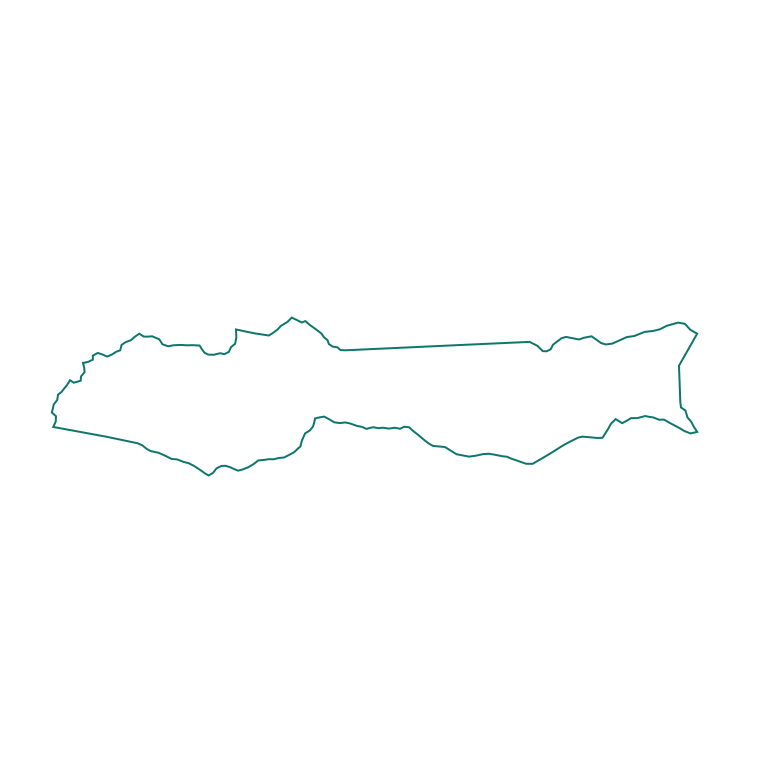 Ubajara, Ceará, Brazil (Mercator projection), rotated 194°
{"feature_id": "56859067B8309642510802", "entity_name": "Ubajara", "entity_type": "district", "adm_level": 2, "iso_a3": "BRA", "parent_name": "Brazil", "parent_adm1": "Ceará", "projection": "mercator", "projection_center": [-40.995, -3.875], "detail": "fine", "context": "isolated", "style": "outline", "palette": "teal", "viewbox_px": 768, "rotation_deg": 194, "n_neighbors": 0, "source": "geoboundaries", "source_scale": "gbopen_adm2", "svg_char_len": 2756}
<svg xmlns="http://www.w3.org/2000/svg" viewBox="0 0 768 768"><g transform="rotate(194 384 384)"><path d="M92.3,508.6L99.9,510.7L106.6,515.2L113.5,514.7L123.7,508.9L129.6,503.8L135.7,500.6L143.7,497.6L152.8,491.1L159.7,488.3L172.3,478.4L178.5,476.0L183.4,476.3L187.4,477.9L194.1,480.5L201.3,477.2L205.4,474.4L218.8,473.7L222.9,471.3L229.5,463.0L230.7,457.9L234.1,455.1L237.9,454.3L244.5,458.2L252.9,460.1L260.6,457.8L307.3,443.9L429.5,407.4L434.3,406.4L438.0,408.3L442.8,407.9L447.0,409.3L449.5,412.9L453.7,414.9L456.7,417.7L460.7,419.5L465.6,421.5L470.2,423.3L475.5,426.0L478.7,423.8L484.1,425.0L489.6,426.1L492.6,421.0L498.2,415.3L500.4,411.2L504.2,406.5L507.5,403.2L521.2,401.9L529.7,401.5L540.8,401.1L538.5,393.3L538.2,387.0L541.3,382.9L542.3,377.7L546.0,374.4L550.5,374.2L556.2,371.2L561.7,370.0L565.7,370.9L569.0,373.6L572.2,376.7L578.6,375.5L584.9,373.8L590.8,372.7L597.5,370.7L602.6,368.4L608.5,368.9L612.9,373.0L620.5,374.2L624.7,372.8L628.5,371.9L633.6,373.6L637.4,369.3L640.3,365.1L644.5,362.4L648.1,358.4L648.1,352.9L651.5,350.6L654.9,347.0L659.3,343.6L664.2,344.5L669.2,344.9L673.4,341.1L672.4,337.2L676.4,333.9L681.2,331.6L678.9,327.4L677.4,323.1L679.8,318.1L679.1,313.8L685.3,310.2L689.6,311.7L691.3,306.2L693.2,302.3L694.9,298.4L697.7,294.8L697.2,289.5L699.5,284.3L699.4,280.2L699.4,276.0L694.5,273.4L693.4,268.2L694.5,262.3L640.3,265.7L608.7,266.9L603.6,266.0L598.6,263.6L594.2,262.5L586.1,262.7L578.6,261.4L572.0,259.9L566.3,260.8L559.6,259.9L554.3,259.9L548.4,258.5L540.9,255.9L535.9,253.9L532.0,252.8L528.4,256.4L526.1,261.6L521.9,265.2L517.9,266.3L512.9,266.0L508.8,265.2L504.7,264.6L500.4,266.9L495.9,270.1L490.9,275.0L487.6,279.4L483.1,280.9L477.5,283.2L472.7,284.3L468.1,286.8L463.4,288.4L458.6,292.5L454.6,296.2L452.3,299.9L450.0,303.2L450.0,309.2L448.6,317.0L444.7,321.0L442.6,325.5L442.4,330.1L442.6,333.9L438.5,336.0L434.2,337.9L429.3,336.7L423.0,334.8L417.3,335.4L412.4,337.3L407.4,337.5L400.3,336.8L395.0,337.1L390.3,336.2L384.2,339.4L378.7,339.8L374.6,341.3L368.6,341.9L363.1,344.1L357.5,344.5L354.1,347.4L349.3,348.1L344.4,345.5L339.2,343.2L334.7,341.0L330.6,339.0L325.6,336.9L321.4,335.8L309.6,337.6L304.7,336.0L296.7,333.4L284.0,334.1L278.1,336.4L270.8,340.0L265.3,341.7L260.6,342.1L251.0,342.6L247.2,343.2L243.4,342.5L226.8,341.0L220.5,342.5L210.5,352.2L205.0,357.7L202.3,360.5L198.3,364.7L194.3,368.8L189.4,373.2L182.7,378.9L178.9,380.9L168.8,382.5L164.6,383.1L159.0,384.6L155.5,395.2L154.2,400.2L150.8,406.0L143.4,403.6L139.7,407.0L136.1,410.6L130.2,412.1L122.8,416.1L118.5,416.3L114.6,416.7L108.4,415.9L103.6,417.2L97.1,415.3L86.1,412.6L81.1,411.0L74.6,410.2L68.5,413.3L73.3,417.7L76.9,421.8L81.5,425.0L85.1,431.2L90.2,433.1L92.1,438.1L102.2,473.1L92.3,508.6Z" fill="none" stroke="#0f766e" stroke-width="2"/></g></svg>